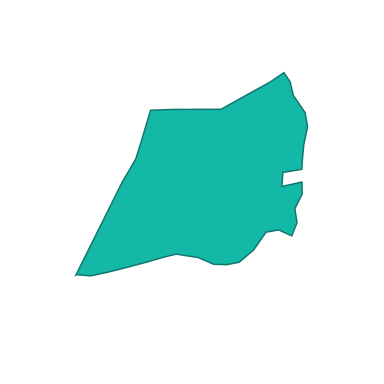 Mandoul Occidental, Mandoul, Chad (Natural Earth projection), rotated 57°
{"feature_id": "50815135B23154120961269", "entity_name": "Mandoul Occidental", "entity_type": "district", "adm_level": 2, "iso_a3": "TCD", "parent_name": "Chad", "parent_adm1": "Mandoul", "projection": "natural_earth1", "projection_center": [17.307, 8.609], "detail": "fine", "context": "isolated", "style": "filled", "palette": "teal", "viewbox_px": 384, "rotation_deg": 57, "n_neighbors": 0, "source": "geoboundaries", "source_scale": "gbopen_adm2", "svg_char_len": 650}
<svg xmlns="http://www.w3.org/2000/svg" viewBox="0 0 384 384"><g transform="rotate(57 192 192)"><path d="M100.9,182.2L124.8,210.4L133.7,221.2L139.3,232.3L145.0,243.9L198.2,334.3L198.2,334.2L207.2,322.6L213.2,306.9L219.3,289.0L226.7,266.4L231.3,251.0L235.5,239.1L250.3,222.6L264.6,213.0L271.9,202.4L276.6,190.7L274.2,171.9L266.0,151.8L271.0,140.0L283.1,132.2L274.9,120.6L262.0,114.8L253.8,100.8L243.5,94.4L236.3,113.5L225.1,105.2L232.8,87.6L222.4,79.8L213.0,72.3L200.2,59.5L186.9,53.9L166.2,54.4L153.0,49.7L142.0,49.9L142.0,50.6L142.3,66.8L141.0,84.9L138.4,122.7L112.0,163.6L100.9,182.2Z" fill="#14b8a6" stroke="#0f766e" stroke-width="1.5"/></g></svg>